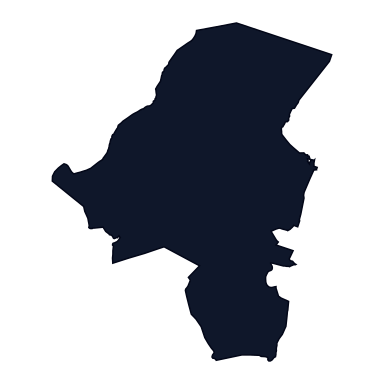 Lagunillas, Michoacán, Mexico (orthographic projection)
{"feature_id": "50627088B97893950433241", "entity_name": "Lagunillas", "entity_type": "district", "adm_level": 2, "iso_a3": "MEX", "parent_name": "Mexico", "parent_adm1": "Michoacán", "projection": "orthographic", "projection_center": [-101.412, 19.573], "detail": "fine", "context": "isolated", "style": "filled", "palette": "ink", "viewbox_px": 384, "rotation_deg": 0, "n_neighbors": 0, "source": "geoboundaries", "source_scale": "gbopen_adm2", "svg_char_len": 5899}
<svg xmlns="http://www.w3.org/2000/svg" viewBox="0 0 384 384"><path d="M216.2,360.3L242.0,354.9L249.5,354.9L259.4,355.3L261.1,356.4L264.5,356.6L266.7,356.9L268.2,358.6L267.8,359.8L268.9,361.0L270.5,360.9L272.2,359.8L273.8,357.7L275.5,356.7L275.9,354.4L275.9,352.7L276.4,350.8L276.3,348.9L276.5,347.1L276.9,345.6L276.9,343.0L279.1,338.7L281.4,335.6L282.3,334.4L283.6,331.5L285.0,328.3L285.9,326.4L287.0,316.1L287.4,311.6L287.8,310.2L288.2,305.5L288.6,301.4L281.2,298.1L278.5,296.2L276.0,288.2L276.0,286.6L274.3,286.9L272.3,287.4L271.0,287.5L269.2,287.1L267.9,286.1L266.9,285.0L266.4,284.0L265.8,282.2L265.7,280.6L265.6,279.1L265.6,277.5L265.7,276.6L266.2,275.3L266.8,274.0L267.7,272.3L268.3,271.5L269.0,271.1L269.8,270.8L270.9,270.4L271.6,269.9L272.1,269.2L272.3,268.3L272.3,267.2L272.0,266.0L271.1,264.4L270.7,263.8L270.6,263.4L270.6,262.9L271.0,262.8L273.9,263.5L283.5,266.0L285.0,266.0L286.4,266.3L288.9,266.4L289.6,266.7L290.2,266.2L293.8,264.7L295.4,264.7L295.9,264.4L295.3,264.1L294.8,263.7L294.3,263.3L293.5,262.4L292.6,261.3L291.7,261.0L290.7,260.9L290.0,260.4L289.8,260.0L289.4,259.4L289.4,259.0L289.4,258.6L289.5,258.2L289.6,257.8L290.0,257.3L293.1,250.7L276.0,245.0L278.3,242.0L277.1,241.0L276.1,239.7L271.7,232.4L271.1,231.3L272.8,230.5L275.9,229.1L277.8,228.5L278.8,228.2L279.5,228.2L280.1,228.2L280.7,228.4L281.3,228.7L282.6,229.0L282.9,229.2L284.8,229.6L285.4,229.8L287.6,230.4L287.8,230.6L288.2,230.2L288.7,230.1L290.2,229.2L291.3,228.1L292.2,227.3L293.2,226.2L293.5,225.8L293.7,225.3L294.1,225.5L297.7,226.8L299.5,221.3L299.3,221.3L299.5,220.2L299.4,219.4L300.8,214.1L304.0,198.1L303.6,195.2L303.8,194.0L304.1,192.3L309.9,178.7L313.8,170.1L316.3,169.8L316.0,169.3L316.6,169.2L317.2,167.4L314.0,166.3L313.9,163.2L314.5,159.9L314.2,160.2L310.1,159.4L309.1,156.4L308.8,156.0L307.6,155.9L307.5,154.8L307.4,154.8L305.7,154.9L303.9,152.9L299.5,153.0L293.2,147.6L289.8,144.5L286.0,139.9L282.3,135.1L281.9,134.5L281.7,133.8L281.6,132.5L281.6,131.7L281.6,131.3L281.5,130.6L281.4,130.6L281.4,130.4L281.4,129.9L281.4,129.5L281.3,128.7L281.4,128.3L282.0,127.1L282.2,126.9L282.3,126.9L282.5,126.9L282.9,126.7L283.0,126.4L283.2,126.1L283.3,125.8L284.1,124.6L284.5,123.9L284.8,123.4L284.8,123.0L284.9,122.7L285.0,122.4L285.2,122.2L285.5,122.0L285.6,121.8L285.8,121.7L286.1,121.7L286.9,121.7L287.3,121.7L287.8,121.3L287.9,121.1L288.0,120.9L288.3,120.7L288.5,120.5L288.7,120.1L288.7,119.6L288.7,119.4L288.6,119.1L288.6,118.9L288.7,118.2L288.9,117.6L289.1,117.0L289.5,116.5L289.6,116.1L289.6,115.9L289.5,115.4L289.4,115.0L289.4,114.4L289.6,113.9L291.0,110.8L292.1,108.7L292.3,108.4L292.7,108.4L293.2,108.3L293.6,108.4L294.0,108.3L294.5,108.2L295.1,107.2L295.9,105.9L296.3,105.1L297.4,103.7L298.1,102.7L299.0,100.0L329.4,61.4L331.7,54.7L236.5,23.0L216.0,26.9L196.5,30.5L196.3,32.0L196.1,33.3L195.7,34.3L195.1,35.7L194.4,36.9L193.7,38.0L193.2,38.7L192.3,39.9L191.4,40.7L190.5,41.4L187.9,43.0L177.2,50.4L174.2,54.8L171.4,58.7L170.5,60.1L169.7,61.1L169.2,61.9L168.9,62.6L168.8,63.6L168.5,64.5L167.7,65.5L167.2,65.9L166.7,66.4L166.5,66.7L166.1,67.0L165.9,67.2L165.5,67.7L165.1,67.8L164.7,68.2L164.2,69.4L163.9,71.1L163.6,71.7L163.0,71.9L162.6,72.2L162.4,72.7L162.2,74.5L161.6,75.9L161.2,78.1L160.8,79.8L160.6,80.9L160.5,81.2L159.5,82.8L158.5,84.3L157.1,86.4L156.2,88.1L155.8,88.7L155.7,88.9L155.7,89.1L155.7,89.4L155.9,89.6L155.9,89.8L155.9,90.0L156.2,93.0L156.4,93.9L156.5,95.0L156.4,95.6L156.2,96.4L156.0,96.7L155.9,97.1L155.9,97.4L156.0,97.7L156.0,97.9L156.0,98.1L155.9,98.4L155.6,98.4L155.2,98.5L155.1,99.0L154.9,100.0L154.8,100.3L154.7,100.3L154.0,100.9L153.6,101.0L153.4,101.2L153.3,101.5L153.3,102.3L153.2,102.9L152.8,103.6L152.4,103.7L152.1,104.1L151.7,104.5L151.1,105.1L150.4,105.5L149.8,105.8L149.3,106.0L148.7,106.0L147.6,106.1L147.2,106.2L146.3,106.6L145.0,107.4L144.3,108.0L143.6,108.7L143.0,108.9L142.3,109.0L141.9,109.2L140.3,110.0L139.0,110.9L137.4,111.9L136.2,112.5L134.4,113.4L132.5,114.5L130.8,115.7L127.6,118.0L122.8,121.3L121.4,122.8L118.4,125.2L118.1,125.9L117.9,126.6L117.7,127.7L116.7,129.0L114.9,132.0L114.0,133.6L113.8,134.4L113.0,134.5L112.7,134.7L112.5,135.0L112.3,135.5L112.0,136.0L111.9,136.4L111.9,136.9L112.0,137.7L111.8,138.0L111.2,138.7L111.0,138.9L110.5,140.5L110.2,141.8L110.0,143.0L109.6,143.9L109.3,145.1L109.1,147.0L108.9,147.4L108.7,148.5L107.9,150.3L107.6,151.2L107.5,151.9L107.3,152.4L106.2,154.1L105.6,154.9L104.0,157.1L103.7,157.5L103.3,158.0L103.0,158.5L102.8,159.2L102.0,159.8L101.9,160.1L100.1,161.1L98.4,162.3L91.4,167.8L90.8,168.3L89.4,168.9L86.3,170.3L83.3,171.2L80.2,172.2L77.0,173.0L73.8,173.9L73.2,173.4L72.2,172.6L71.6,171.9L70.7,170.6L68.7,167.2L68.1,166.2L67.8,165.8L67.3,165.3L66.6,164.8L66.1,164.5L65.5,164.3L64.5,164.0L64.0,163.8L61.4,165.6L58.4,168.0L54.7,171.8L52.5,176.2L52.3,181.1L83.7,206.5L84.8,211.4L87.9,218.3L88.4,221.2L88.9,223.7L89.2,225.7L89.0,226.6L88.8,227.5L89.4,228.1L90.2,228.5L90.7,228.5L91.3,228.5L92.0,228.6L93.0,228.0L93.7,228.1L103.1,227.2L105.7,231.4L107.9,233.1L108.9,233.8L109.4,234.7L110.5,235.0L111.6,235.2L112.1,235.8L112.7,236.8L113.1,237.3L113.2,237.8L113.6,238.3L114.2,238.6L115.2,238.2L116.8,237.5L117.6,237.7L118.1,236.8L118.9,235.8L119.5,236.8L120.2,237.4L119.7,238.2L119.2,239.2L118.5,240.1L117.9,240.8L117.0,241.7L115.2,242.5L114.8,242.8L113.2,243.2L112.7,243.9L112.5,245.0L112.9,245.5L113.4,245.8L113.4,246.4L112.9,250.8L112.9,254.3L112.8,255.2L112.5,258.0L112.8,263.2L128.3,258.2L144.5,253.4L158.6,248.6L164.1,246.8L199.6,265.8L188.4,277.4L189.4,278.8L190.2,279.8L190.1,280.9L188.0,286.1L186.9,287.7L185.7,289.1L185.4,290.5L186.7,296.4L188.8,304.8L191.3,314.2L196.0,319.1L201.2,326.7L204.8,337.6L208.3,343.6L211.5,348.3L213.0,350.0L214.1,351.7L214.0,353.0L212.5,355.1L212.0,357.0L212.8,358.2L214.4,358.4L215.8,359.5L216.2,360.3ZM310.1,159.4L311.0,160.4L309.3,163.0L309.3,163.9L308.7,163.3L308.9,162.9L307.6,161.5L308.1,161.0L307.4,158.6L310.1,159.4Z" fill="#0f172a" stroke="#020617" stroke-width="1.5"/></svg>